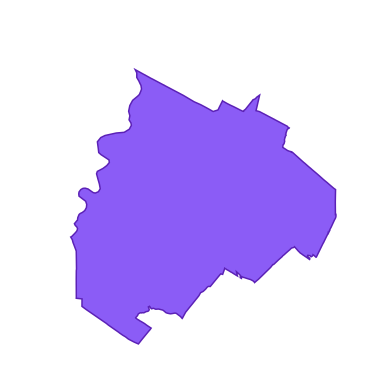 the district of Costestii Din Vale, Dâmbovita, Romania, rotated 75°
{"feature_id": "2599482B66732417468011", "entity_name": "Costestii Din Vale", "entity_type": "district", "adm_level": 2, "iso_a3": "ROU", "parent_name": "Romania", "parent_adm1": "Dâmbovita", "projection": "albers", "projection_center": [25.499, 44.642], "detail": "fine", "context": "isolated", "style": "filled", "palette": "violet", "viewbox_px": 384, "rotation_deg": 75, "n_neighbors": 0, "source": "geoboundaries", "source_scale": "gbopen_adm2", "svg_char_len": 5473}
<svg xmlns="http://www.w3.org/2000/svg" viewBox="0 0 384 384"><g transform="rotate(75 192 192)"><path d="M312.9,266.7L310.2,269.1L308.7,270.4L307.0,271.7L305.3,273.3L303.3,275.3L302.6,276.1L301.9,276.5L301.2,277.4L299.9,278.4L299.4,278.8L298.9,279.0L298.7,278.8L298.2,278.0L297.3,276.6L296.7,276.1L296.0,275.6L295.6,274.6L295.3,273.3L295.5,272.6L295.7,272.3L295.7,271.3L296.0,270.6L296.2,269.9L296.1,268.9L295.8,268.0L295.7,267.3L295.8,266.0L295.7,265.0L295.4,264.5L294.8,263.9L294.2,263.7L291.7,263.9L291.4,262.6L292.2,262.3L294.0,261.6L294.4,261.2L294.3,259.6L294.8,258.7L295.7,257.7L296.0,256.7L296.3,254.9L296.6,254.2L298.0,251.7L298.5,250.8L299.6,249.9L301.8,248.4L302.6,247.3L303.5,245.6L304.1,244.3L304.3,242.8L304.4,241.6L304.5,240.2L304.7,239.4L305.1,238.7L306.0,237.9L307.1,237.1L308.4,236.0L309.6,235.2L310.6,234.7L311.6,234.2L311.3,233.8L310.2,232.8L308.3,231.0L306.4,229.2L305.2,227.5L302.9,224.4L299.9,220.2L297.0,216.3L295.8,214.6L294.3,212.6L294.1,212.3L291.5,209.8L290.9,206.9L289.9,205.0L289.8,204.8L289.5,204.3L289.1,203.6L288.0,202.2L287.9,201.9L287.6,201.3L287.5,200.8L287.5,200.3L288.0,198.8L285.2,194.9L282.7,191.4L280.7,188.6L278.5,185.5L279.5,183.7L274.8,180.5L274.1,180.2L275.6,178.8L276.3,178.2L276.7,177.7L277.7,176.7L278.1,176.3L278.9,175.6L279.5,175.0L280.1,174.3L281.8,172.8L282.7,171.9L283.5,171.2L284.9,169.8L283.0,169.8L282.1,169.8L280.5,169.7L282.6,168.3L285.0,166.9L287.2,167.6L288.2,166.6L286.5,166.0L287.7,164.6L288.2,163.6L289.3,162.0L291.8,158.0L293.6,156.1L294.7,155.3L295.1,155.2L295.7,155.0L295.4,154.4L294.6,152.8L293.4,150.2L291.6,147.0L291.5,146.8L288.4,141.3L285.2,135.6L283.0,132.7L283.2,132.2L283.1,131.9L282.8,131.2L281.7,129.2L280.0,126.1L277.7,121.5L277.1,120.8L276.4,119.1L275.4,117.2L274.5,115.4L273.6,113.6L273.1,112.5L272.7,111.9L272.4,111.3L272.0,110.5L271.9,110.0L271.9,109.2L271.9,108.6L271.9,108.1L271.7,107.6L271.4,107.2L272.1,106.8L273.0,106.4L273.5,106.1L274.1,105.8L276.2,104.8L277.1,104.3L277.6,104.0L277.9,103.8L278.9,103.3L280.0,102.3L280.9,101.6L281.9,100.8L282.4,100.3L283.1,99.7L283.8,99.2L284.1,98.8L284.6,98.4L287.5,96.0L287.6,95.9L287.1,95.5L286.5,95.5L286.1,95.7L284.9,96.6L284.0,97.1L283.6,97.0L283.1,96.5L283.3,96.1L283.8,95.1L283.9,94.8L284.0,94.5L284.8,94.1L285.4,93.8L285.4,93.5L285.0,92.3L284.5,91.6L283.9,91.3L284.7,90.6L285.4,90.2L287.1,89.1L287.0,88.7L275.3,78.5L275.3,78.4L275.1,78.2L274.7,77.8L274.4,77.6L271.3,74.9L267.9,71.9L267.0,71.2L266.8,71.1L267.2,71.0L266.0,70.0L264.8,68.9L264.6,69.1L262.6,67.3L262.1,66.8L255.5,61.3L255.0,60.7L254.4,60.2L253.8,59.8L253.3,59.5L252.6,59.2L251.9,59.0L251.5,58.9L250.9,58.8L250.9,59.3L238.5,56.1L228.8,53.3L226.8,52.7L225.1,54.1L223.8,55.0L220.3,57.4L217.9,59.0L216.1,60.3L213.8,61.9L211.2,63.6L206.1,67.0L201.8,70.0L199.8,71.3L197.7,72.8L193.3,75.7L192.4,76.4L189.8,78.1L186.1,80.5L182.9,82.6L180.1,84.4L179.4,85.6L179.0,85.3L178.7,85.8L178.2,86.7L177.6,87.7L177.1,88.4L176.8,88.8L176.0,89.6L174.7,90.7L172.7,92.5L172.3,92.8L170.0,91.8L169.5,90.9L169.2,90.8L169.0,90.5L168.7,90.3L168.4,90.1L168.0,89.9L167.7,89.8L167.3,89.5L166.8,89.3L166.0,89.3L165.5,89.2L165.3,89.1L165.0,88.9L164.6,88.7L164.1,88.4L163.7,88.3L163.4,88.2L163.2,87.9L163.1,87.7L162.9,87.6L162.5,87.5L162.3,87.4L162.1,87.1L161.9,86.8L161.7,86.5L161.3,86.4L160.8,86.5L160.4,86.6L160.2,86.3L160.1,86.2L159.9,86.1L159.7,86.0L159.3,85.9L159.1,85.8L158.9,85.7L158.7,85.6L158.5,85.3L158.2,85.1L157.9,85.0L157.6,84.8L157.2,84.5L156.9,84.3L156.3,83.8L155.8,83.1L155.7,82.8L155.7,82.6L155.7,82.4L155.6,82.1L155.5,81.7L155.3,81.5L154.3,82.5L153.2,82.9L149.3,87.1L131.8,106.0L130.0,109.1L126.1,107.0L124.4,106.1L119.9,103.7L115.9,101.6L116.1,102.2L116.4,102.7L116.8,104.0L117.4,105.4L118.1,106.2L118.5,107.4L118.7,109.2L119.6,110.3L125.1,117.8L126.1,119.2L126.4,120.2L126.9,121.0L127.4,121.2L127.4,121.7L127.0,122.2L125.9,123.5L125.3,124.2L125.0,124.6L124.3,125.3L120.9,129.1L120.2,129.9L118.2,132.3L116.2,134.5L115.4,135.4L113.4,137.4L112.2,138.7L111.8,138.9L117.2,143.7L117.8,144.2L119.1,145.3L119.5,145.9L119.7,150.8L117.5,153.0L114.7,155.9L112.9,157.8L110.0,160.9L108.7,162.5L105.4,166.6L96.8,175.0L96.6,175.2L96.4,175.4L91.3,180.9L82.6,190.3L72.9,200.7L71.4,202.4L59.1,215.2L62.6,214.5L67.1,215.7L71.0,214.6L73.4,214.2L75.9,213.7L79.5,214.1L81.4,215.4L84.2,217.6L85.4,219.7L88.1,225.6L92.4,229.7L97.6,232.3L102.3,232.3L106.0,234.1L109.5,233.1L111.9,233.3L115.1,236.3L116.8,242.0L115.4,250.0L114.9,261.4L115.8,266.0L119.0,270.4L125.9,271.3L129.8,271.9L132.4,270.2L137.0,266.1L139.5,263.9L142.1,264.2L144.4,267.4L146.2,271.9L147.6,278.1L149.7,279.5L154.7,279.5L160.3,279.4L165.1,279.8L167.5,282.3L168.0,285.7L167.0,287.6L162.1,291.7L162.1,291.8L160.8,293.9L160.4,295.2L160.3,296.7L160.9,298.8L162.7,301.1L164.6,301.9L166.8,302.2L170.2,299.6L173.4,297.1L176.7,296.9L179.7,298.0L182.2,300.4L183.4,303.3L183.8,305.5L184.5,306.9L187.1,308.9L189.7,310.0L189.9,310.6L192.2,313.8L194.1,313.4L196.0,312.3L197.6,312.0L199.2,312.8L200.2,313.8L201.6,315.9L202.8,317.9L203.8,319.6L204.1,320.8L207.4,319.9L207.9,320.0L210.1,320.0L211.7,319.8L219.0,319.1L221.9,319.8L230.2,321.9L236.5,323.5L237.0,323.7L238.0,324.1L246.3,326.4L263.0,330.8L264.7,331.3L266.8,325.9L274.0,327.9L278.3,324.5L283.2,320.3L290.4,314.2L296.7,308.8L299.2,307.0L299.6,306.6L300.0,306.3L308.8,298.9L309.3,298.6L312.7,295.7L314.3,294.1L315.1,293.4L315.6,293.0L316.9,292.1L318.2,290.9L322.1,286.6L324.9,283.1L322.6,280.0L322.4,279.8L315.3,269.9L314.1,268.1L312.9,266.7Z" fill="#8b5cf6" stroke="#5b21b6" stroke-width="1.5"/></g></svg>